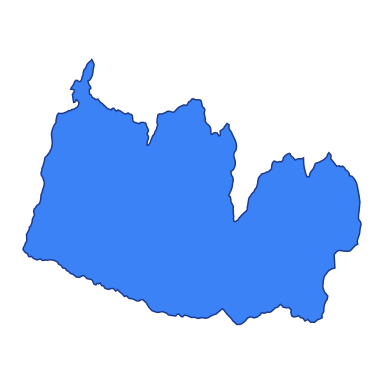 Corumbiara, Rondônia, Brazil
{"feature_id": "56859067B10063501448175", "entity_name": "Corumbiara", "entity_type": "district", "adm_level": 2, "iso_a3": "BRA", "parent_name": "Brazil", "parent_adm1": "Rondônia", "projection": "equal_earth", "projection_center": [-61.091, -12.881], "detail": "fine", "context": "isolated", "style": "filled", "palette": "blue", "viewbox_px": 384, "rotation_deg": 0, "n_neighbors": 0, "source": "geoboundaries", "source_scale": "gbopen_adm2", "svg_char_len": 5924}
<svg xmlns="http://www.w3.org/2000/svg" viewBox="0 0 384 384"><path d="M322.2,317.7L321.9,316.2L322.1,314.5L323.7,311.6L323.9,307.8L324.4,304.8L325.7,301.4L327.1,299.6L327.8,296.0L326.4,294.2L325.4,293.3L324.3,291.5L323.2,288.6L322.8,286.4L323.3,280.9L324.2,276.5L328.4,270.9L331.7,268.9L334.9,268.0L334.1,254.6L336.4,251.9L337.5,251.0L339.2,250.4L342.6,250.8L344.2,251.2L348.8,251.2L350.3,250.8L355.1,245.6L357.8,244.1L357.2,241.8L357.5,239.8L359.5,233.9L360.0,229.3L361.0,224.5L360.8,222.9L360.2,221.4L359.1,220.1L358.5,218.5L358.5,214.8L359.1,210.9L359.9,202.0L359.0,195.3L358.1,190.3L356.8,184.1L356.3,182.5L354.5,179.2L352.1,176.4L349.3,175.6L349.3,173.7L348.3,172.0L346.9,170.5L345.5,169.8L344.9,168.4L343.7,167.0L342.6,166.1L341.0,166.8L339.5,165.8L336.8,166.3L331.9,160.0L330.8,159.0L331.0,155.1L328.9,152.7L327.6,154.4L327.1,156.3L326.2,157.6L324.9,158.7L323.3,160.0L319.1,162.2L315.4,163.5L313.4,168.5L310.9,171.8L309.9,173.5L309.2,176.8L307.1,176.8L305.9,174.4L304.3,168.0L303.7,163.9L303.5,157.9L302.1,158.7L298.4,158.7L295.0,160.0L293.6,158.0L291.3,156.2L289.8,153.4L288.1,153.7L285.3,155.5L283.3,157.8L282.9,160.2L281.6,161.8L279.9,161.5L276.9,162.3L275.5,161.4L274.0,161.1L272.5,162.8L271.8,165.4L271.4,169.1L268.0,171.9L266.4,172.1L265.3,173.0L261.8,173.9L258.7,177.6L257.8,181.0L257.7,182.9L257.1,185.5L256.1,188.2L254.8,189.4L254.0,191.8L253.0,192.5L251.4,194.3L250.7,195.7L249.2,197.5L248.5,200.1L247.9,204.3L247.3,207.0L247.3,208.8L246.8,210.5L242.5,214.3L239.4,217.7L237.9,220.0L235.5,221.6L234.0,221.4L233.4,218.8L233.7,216.7L233.3,212.4L233.4,210.5L233.0,208.9L233.4,206.7L230.9,201.6L230.8,199.1L230.2,196.5L228.5,195.6L229.4,194.0L231.3,189.7L232.2,186.9L232.7,182.7L233.2,181.2L233.1,178.7L232.5,176.6L231.6,175.4L230.8,171.7L233.0,169.9L234.2,168.1L235.0,165.8L235.3,164.1L235.2,161.2L233.9,156.2L233.8,154.1L234.7,151.8L236.1,149.8L236.4,147.8L236.5,145.4L236.2,143.5L235.1,140.0L232.4,134.5L231.4,132.1L229.5,129.6L229.0,128.0L229.0,124.6L226.9,123.5L225.9,125.1L224.6,126.4L223.6,128.5L220.1,131.0L220.4,133.7L220.2,135.6L219.1,136.0L217.1,133.0L215.5,132.6L213.4,133.1L212.3,134.3L211.0,133.9L210.7,128.9L210.0,126.7L208.3,124.8L207.1,123.9L206.1,122.7L205.2,120.9L205.4,119.2L204.2,113.3L204.9,109.8L204.2,108.3L203.2,107.4L202.2,106.0L201.5,102.4L200.8,100.3L199.7,99.9L194.9,99.7L193.5,98.7L192.0,98.9L190.1,101.3L188.7,101.8L187.9,103.6L186.8,105.4L183.9,104.9L179.5,106.8L177.9,108.0L174.0,112.1L172.1,112.1L170.3,111.5L168.4,111.2L166.7,111.6L165.7,112.5L161.9,114.0L159.8,113.9L158.1,114.5L157.3,118.2L156.9,122.6L157.7,124.6L156.3,129.6L154.8,132.2L154.1,134.4L152.7,135.9L149.7,143.5L148.0,145.4L146.9,145.1L147.3,141.5L148.3,139.0L148.5,136.2L147.1,134.3L147.7,132.4L148.5,130.7L147.6,128.1L146.6,126.2L145.8,123.3L144.0,122.5L140.6,122.4L139.3,123.7L134.2,122.2L133.2,121.4L132.7,119.6L132.4,116.0L131.5,114.5L129.5,114.1L128.1,112.9L125.5,114.1L123.6,113.3L120.5,111.1L117.9,109.9L116.4,111.4L113.7,108.2L112.2,108.5L111.4,109.8L108.9,109.2L107.1,108.2L102.2,103.5L100.4,102.4L98.0,99.1L95.6,99.6L94.7,98.6L93.3,98.1L91.8,96.8L91.2,95.0L89.6,94.2L89.2,89.4L90.8,88.7L90.5,86.5L89.1,84.9L87.9,80.8L89.6,80.3L91.0,78.3L92.3,75.2L93.0,71.7L93.2,69.1L93.9,66.6L94.0,64.2L92.7,61.1L91.8,59.5L90.7,61.0L89.1,62.1L87.6,63.7L86.8,64.9L85.9,67.5L85.2,68.6L84.0,69.8L83.1,73.1L83.1,74.8L82.2,76.6L81.5,79.6L80.6,81.4L79.1,81.6L77.0,80.3L75.8,80.4L74.8,81.4L73.6,84.4L72.5,86.2L71.5,87.2L70.8,89.3L72.7,89.3L74.0,89.9L74.4,91.9L73.5,92.8L72.4,94.3L73.6,102.4L74.8,102.2L75.7,101.2L76.2,99.6L77.6,100.6L78.9,102.3L78.6,104.9L77.4,107.0L73.9,109.2L71.8,109.5L70.4,110.7L68.9,110.5L67.1,111.7L62.9,113.4L59.9,113.5L58.5,113.2L57.2,115.0L56.0,120.2L56.1,122.1L55.5,123.4L54.3,124.9L52.7,128.6L51.5,133.1L51.5,135.3L52.3,142.0L52.2,144.2L51.6,147.0L51.4,148.9L50.3,150.3L49.6,152.2L46.7,156.0L45.2,157.4L44.6,159.3L44.3,161.5L42.9,166.3L42.0,168.2L41.8,170.6L41.0,172.8L41.4,175.5L42.5,176.9L44.3,182.3L44.2,184.8L43.7,186.7L42.9,189.0L41.9,193.0L41.1,194.6L40.7,199.3L40.3,201.1L39.7,202.9L38.6,204.4L36.8,205.5L35.5,207.7L34.1,209.1L33.6,211.7L34.2,213.6L34.4,215.4L33.3,217.1L32.3,219.6L32.3,221.4L30.7,226.2L29.3,227.2L29.3,229.2L26.5,234.4L26.8,239.6L26.5,241.6L25.4,243.1L24.7,245.5L23.5,247.3L23.0,249.6L25.3,252.5L27.5,253.8L28.7,256.5L30.1,256.8L31.3,256.3L33.6,258.5L37.0,259.9L40.6,258.9L42.1,260.4L44.4,260.3L45.8,259.9L47.1,260.3L49.2,259.8L51.7,259.8L54.7,260.6L57.6,262.1L58.4,264.1L61.0,265.3L62.8,268.0L64.2,268.2L65.5,268.6L66.7,270.6L68.7,271.4L69.8,272.9L71.3,273.8L73.0,274.2L74.0,275.2L75.3,276.0L76.2,277.1L77.6,277.0L78.8,277.4L80.3,277.0L82.1,275.8L83.9,275.6L85.8,277.2L86.7,278.5L91.5,279.6L92.5,280.5L93.9,284.0L95.9,284.9L97.3,283.3L98.5,283.8L100.2,282.9L101.6,285.6L103.8,286.0L104.6,288.0L106.9,289.0L108.8,289.4L110.6,288.7L112.6,288.4L114.0,289.0L115.6,291.1L117.5,289.7L120.0,292.2L122.2,293.9L124.4,296.5L126.4,295.8L129.2,298.5L132.1,298.7L134.3,299.6L136.4,300.8L138.7,301.0L141.2,299.7L142.8,299.6L146.2,302.8L148.6,306.9L152.0,310.7L156.4,312.2L158.7,312.4L161.0,311.8L163.3,311.8L165.1,312.7L166.5,313.0L168.4,314.9L169.5,315.2L175.7,316.0L177.3,314.3L178.9,314.1L181.0,316.4L182.6,316.9L184.4,315.2L186.7,315.5L191.6,317.5L193.5,317.3L195.8,317.6L197.8,318.4L199.8,318.2L200.9,317.7L202.8,317.7L204.7,318.2L206.4,318.1L208.3,317.6L210.3,316.3L214.0,314.6L216.0,314.1L222.3,308.7L224.0,310.2L227.1,314.3L231.4,318.6L232.8,320.8L236.9,324.5L240.2,324.3L241.7,323.7L245.1,321.2L246.8,319.0L248.7,317.3L251.4,316.9L254.0,317.9L257.0,317.1L259.9,315.1L261.8,312.8L263.7,313.1L265.4,313.0L267.1,312.1L269.5,312.3L271.3,311.6L275.4,307.9L278.1,306.9L280.2,304.4L281.8,305.3L283.0,307.1L286.4,307.8L288.4,307.4L291.3,309.8L290.8,312.0L291.8,315.9L293.3,316.9L296.0,316.7L298.6,315.8L300.6,317.7L303.2,318.3L304.9,321.0L307.8,319.5L310.5,322.2L312.1,322.1L314.6,322.3L317.5,319.8L320.1,318.8L322.2,317.7Z" fill="#3b82f6" stroke="#1e3a8a" stroke-width="1.5"/></svg>